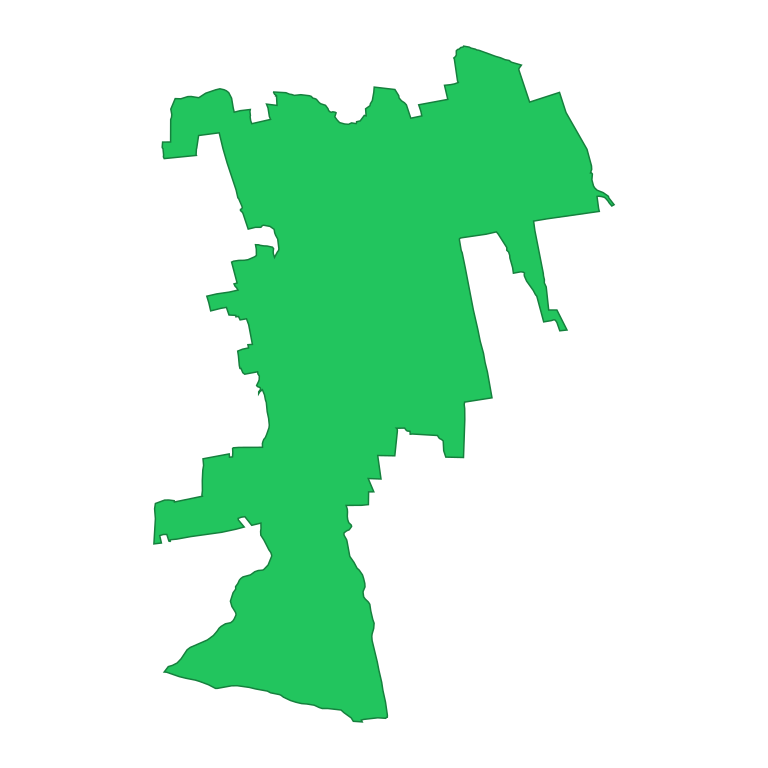 Lungani, Iasi, Romania
{"feature_id": "2599482B77898922743518", "entity_name": "Lungani", "entity_type": "district", "adm_level": 2, "iso_a3": "ROU", "parent_name": "Romania", "parent_adm1": "Iasi", "projection": "natural_earth1", "projection_center": [27.139, 47.151], "detail": "fine", "context": "isolated", "style": "filled", "palette": "green", "viewbox_px": 768, "rotation_deg": 0, "n_neighbors": 0, "source": "geoboundaries", "source_scale": "gbopen_adm2", "svg_char_len": 6067}
<svg xmlns="http://www.w3.org/2000/svg" viewBox="0 0 768 768"><path d="M521.4,65.1L511.4,62.2L509.2,60.5L505.1,59.7L500.6,57.8L495.7,56.4L479.0,50.3L476.6,49.9L475.5,49.2L471.1,48.1L469.2,47.1L463.6,46.1L463.0,47.1L460.8,47.5L459.1,49.1L457.6,49.5L456.3,50.8L456.3,55.1L455.4,56.6L453.8,58.0L454.3,58.8L457.5,80.8L458.3,82.5L454.5,83.9L450.4,84.7L444.5,85.3L447.8,99.4L418.7,104.8L420.9,111.4L421.8,115.9L410.8,118.2L406.4,104.9L404.5,102.8L401.5,100.8L399.1,98.0L398.7,95.6L394.9,89.5L374.2,87.1L373.8,92.2L372.3,100.6L370.4,103.7L370.0,105.7L365.6,108.8L366.1,115.8L364.3,115.4L360.2,120.9L356.6,121.7L356.6,122.6L356.1,123.6L351.5,122.9L348.6,124.3L344.7,124.0L339.6,122.6L337.2,120.1L334.8,116.8L336.1,112.8L335.1,112.2L332.8,111.8L331.2,112.3L330.0,111.8L328.6,110.5L328.0,108.7L325.5,105.3L320.6,103.7L319.0,102.4L316.4,99.3L314.9,98.6L313.0,98.2L311.1,96.3L309.2,95.7L300.8,94.7L294.3,95.4L291.8,94.5L289.6,94.2L285.9,92.7L273.7,92.0L273.6,92.4L274.6,94.3L275.7,94.9L275.6,95.9L276.5,95.8L277.0,105.4L266.5,104.1L268.0,107.9L269.4,116.6L270.6,119.4L251.8,123.7L250.7,120.8L250.1,116.8L250.4,115.5L249.9,111.4L250.3,109.5L240.1,110.7L234.2,112.2L233.2,107.8L231.6,98.2L228.7,92.6L226.4,90.8L224.0,89.7L219.9,88.8L215.7,89.8L205.7,93.2L198.8,97.7L191.2,96.5L187.8,96.6L180.8,98.8L175.2,98.6L170.8,109.1L171.8,114.6L171.5,117.4L170.7,119.4L170.6,142.0L162.6,142.1L162.2,147.1L162.3,147.8L163.0,148.6L163.6,155.0L163.4,156.9L164.2,158.6L196.4,155.4L196.1,154.7L196.4,149.1L196.7,148.2L198.6,135.5L219.2,132.8L223.0,148.7L227.1,162.9L236.1,190.0L237.9,197.9L238.6,198.5L242.0,206.4L242.3,207.7L241.6,208.9L240.5,209.4L240.5,210.6L241.8,211.7L242.9,213.2L248.2,229.1L255.5,227.3L260.5,227.3L261.1,227.1L262.3,225.6L263.5,225.2L270.0,226.4L274.1,229.3L274.7,232.8L275.6,235.2L277.7,239.0L278.9,248.9L278.5,250.5L277.3,252.1L274.5,257.4L273.3,253.6L273.2,251.2L273.6,248.7L272.5,247.2L267.0,246.0L263.9,245.9L260.1,245.3L258.7,244.8L255.5,244.7L256.3,249.0L256.4,255.5L254.6,256.8L248.0,259.7L244.2,260.3L238.7,260.4L233.5,261.2L231.6,262.1L237.1,283.0L234.0,283.9L235.0,286.1L236.7,287.9L238.0,290.1L229.2,292.1L216.7,293.9L206.8,296.2L208.8,302.7L210.7,310.9L221.0,308.3L226.4,307.4L229.0,315.0L235.8,315.4L235.9,316.8L238.5,316.5L240.1,319.9L246.5,318.8L248.7,324.8L252.4,344.4L247.9,344.7L248.6,347.9L242.5,349.2L237.7,351.1L238.4,355.7L239.3,365.5L239.9,368.3L240.2,368.6L241.0,368.4L242.8,372.7L244.7,374.2L257.6,371.8L257.9,373.9L259.3,376.0L259.2,379.5L258.7,381.2L256.6,385.5L257.5,386.6L259.7,387.4L260.2,387.8L260.6,389.3L258.7,391.8L258.7,393.6L259.7,391.9L262.4,389.7L264.5,394.9L265.5,400.1L266.3,402.4L267.2,411.7L268.6,418.3L269.3,425.1L269.0,427.7L266.6,434.6L265.3,437.6L263.8,439.4L263.0,441.4L262.4,443.5L262.5,447.3L239.0,447.4L233.4,447.8L232.6,448.4L232.8,452.7L232.5,456.9L229.5,457.2L229.2,453.9L203.0,458.8L203.6,465.5L202.8,470.1L202.3,480.4L202.4,490.8L201.9,495.1L202.4,496.2L174.4,502.0L174.2,500.7L168.8,500.0L164.6,500.1L155.4,503.5L154.6,508.8L155.4,518.7L153.9,543.9L161.4,543.0L159.7,535.6L163.2,534.5L166.8,534.4L168.9,541.1L170.1,541.4L170.4,541.1L170.1,540.0L170.9,539.7L176.9,539.1L190.7,536.6L221.6,532.3L236.0,529.2L244.2,527.0L238.3,519.9L238.1,518.4L241.3,517.2L244.9,516.7L251.7,525.3L260.9,523.1L261.0,528.7L260.6,531.4L260.8,535.2L263.9,540.0L268.9,549.8L270.8,552.5L271.7,555.3L271.6,556.4L268.1,565.0L263.9,569.4L262.7,570.1L258.3,570.5L254.8,571.7L250.4,574.9L243.0,576.9L240.8,578.5L239.3,580.3L237.8,583.6L235.6,586.6L235.7,589.1L233.1,592.7L230.4,601.2L231.9,606.5L235.3,612.0L235.9,613.5L236.0,615.0L234.1,619.1L232.9,620.9L230.7,622.7L225.4,623.8L221.1,626.4L219.1,628.2L217.0,631.3L213.4,635.5L207.3,640.0L190.3,647.4L187.1,649.8L181.1,658.8L177.1,663.0L172.4,665.4L168.3,666.6L164.2,672.0L166.5,672.2L179.2,676.6L186.1,678.3L195.3,680.1L199.5,681.4L208.4,684.7L215.5,688.4L217.2,688.4L231.6,685.8L237.2,685.7L249.3,687.4L255.4,688.9L267.4,691.1L270.6,692.8L279.5,694.6L280.9,695.2L283.5,697.2L290.5,700.5L295.8,702.2L301.6,703.6L306.9,704.0L314.2,705.2L319.2,707.5L322.2,708.5L327.8,708.5L341.0,710.0L344.0,712.7L351.2,717.9L353.3,721.3L362.2,721.9L361.3,720.1L363.7,719.4L377.8,717.8L385.7,718.3L386.7,717.2L387.3,717.2L387.4,715.3L385.5,702.1L382.9,690.3L381.7,682.3L378.9,670.3L377.3,662.1L372.1,640.5L371.8,636.3L372.1,634.0L373.7,628.5L374.1,623.2L372.8,619.6L370.8,611.0L369.8,604.3L368.4,602.1L365.2,599.0L363.7,596.9L363.1,592.8L363.1,591.5L365.0,586.9L364.8,583.4L363.6,578.4L362.5,574.9L359.2,570.1L357.0,568.1L354.0,562.4L349.8,556.4L347.0,541.2L346.6,539.7L344.2,535.5L343.9,534.2L344.1,532.8L346.7,530.8L349.2,529.8L351.6,526.5L351.3,525.1L348.7,522.6L347.7,519.6L347.3,516.4L347.5,512.0L347.3,509.2L346.1,505.4L361.5,505.3L368.4,504.6L368.6,491.9L373.8,491.8L368.2,478.5L381.0,479.0L377.7,455.5L394.8,455.8L397.4,430.8L397.2,429.0L396.4,428.2L404.7,428.1L405.8,429.8L407.2,431.0L410.0,431.3L410.2,434.2L412.4,434.0L437.5,435.5L438.8,437.7L439.7,438.6L441.4,439.4L443.2,440.9L443.7,450.7L445.8,457.1L463.5,457.5L464.8,419.7L464.7,408.6L464.2,404.6L464.6,402.1L492.0,397.8L487.4,371.9L485.1,362.6L483.5,353.3L480.2,341.2L477.8,329.3L473.4,310.1L465.2,267.5L462.2,252.8L461.2,250.4L459.4,239.8L459.5,238.7L460.5,238.0L462.8,237.6L486.1,234.2L496.4,231.9L498.3,234.2L506.8,247.6L506.8,250.3L508.6,252.0L509.7,255.3L509.9,258.0L512.6,267.6L513.4,273.2L520.9,271.8L523.3,272.2L524.5,273.0L524.2,274.7L524.4,276.1L526.6,281.1L533.3,290.5L535.5,294.7L536.8,296.2L543.7,321.9L551.4,320.6L553.8,319.8L554.8,319.9L555.7,320.7L556.9,322.5L559.8,330.8L567.0,330.0L556.9,310.0L548.7,310.0L546.2,286.9L544.3,282.9L544.4,279.7L543.5,275.9L543.3,273.4L534.9,230.7L533.6,221.1L547.2,218.8L599.3,211.4L598.6,208.4L597.0,196.4L598.3,196.2L601.3,196.5L604.3,197.3L605.5,198.2L607.9,200.9L609.3,203.1L611.8,206.0L614.1,204.7L608.9,198.0L608.4,196.3L603.3,192.7L597.1,190.2L594.7,187.9L593.5,185.9L591.9,179.8L592.4,174.0L591.5,172.9L590.5,172.9L591.7,169.4L591.5,165.9L587.0,149.3L566.0,112.5L559.5,92.4L529.6,102.1L519.0,70.3L518.8,69.1L519.1,68.3L521.4,65.1Z" fill="#22c55e" stroke="#15803d" stroke-width="1.5"/></svg>